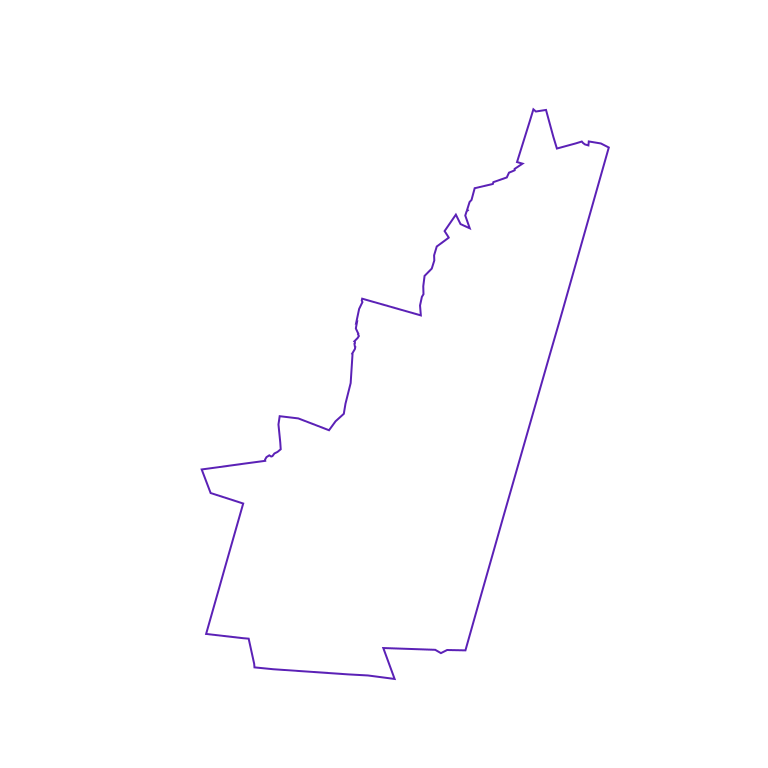 outline of Naco, Sonora, Mexico, rotated 106°
{"feature_id": "50627088B11700552359479", "entity_name": "Naco", "entity_type": "district", "adm_level": 2, "iso_a3": "MEX", "parent_name": "Mexico", "parent_adm1": "Sonora", "projection": "orthographic", "projection_center": [-110.037, 31.187], "detail": "fine", "context": "isolated", "style": "outline", "palette": "violet", "viewbox_px": 768, "rotation_deg": 106, "n_neighbors": 0, "source": "geoboundaries", "source_scale": "gbopen_adm2", "svg_char_len": 1771}
<svg xmlns="http://www.w3.org/2000/svg" viewBox="0 0 768 768"><g transform="rotate(106 384 384)"><path d="M617.6,232.3L566.9,232.5L513.7,232.6L478.0,232.7L464.0,232.7L463.6,232.7L447.2,232.7L446.7,232.7L446.0,232.7L445.0,232.7L443.9,232.7L442.8,232.7L441.7,232.7L440.6,232.7L439.2,232.7L438.3,232.7L437.7,232.7L437.1,232.7L436.0,232.7L434.3,232.7L434.0,232.7L400.7,232.7L307.6,232.7L276.5,232.6L263.8,232.6L94.9,233.1L94.7,233.1L93.0,241.8L94.4,254.0L98.3,253.3L98.3,256.9L97.4,259.2L96.4,260.7L99.8,265.9L110.0,282.7L99.8,289.3L75.9,303.8L80.2,313.1L78.8,316.1L91.1,316.3L99.7,316.5L134.0,317.3L134.0,311.6L141.2,317.7L142.5,317.3L144.2,319.3L146.4,322.1L151.6,322.9L159.8,334.5L161.7,334.5L170.8,350.8L182.9,350.6L185.5,351.9L193.5,352.1L193.9,351.3L195.2,352.2L199.7,352.3L210.7,344.5L209.2,354.5L201.4,361.6L220.3,367.9L225.4,362.1L225.5,362.1L237.3,371.2L246.5,371.3L251.4,369.7L259.9,369.9L268.9,374.8L279.2,373.2L286.8,370.8L289.8,371.6L298.6,371.0L307.9,367.5L308.0,428.5L309.9,428.4L311.2,427.3L318.7,428.6L332.8,427.6L332.1,427.0L338.3,426.4L339.4,425.5L342.8,422.5L343.3,422.7L344.8,421.4L347.0,422.0L351.2,424.3L351.5,423.6L352.9,423.2L353.5,423.5L356.2,422.2L356.3,421.8L358.3,421.6L363.7,423.0L363.9,422.5L392.3,416.3L413.5,415.6L421.4,414.7L423.7,414.4L425.8,415.7L433.2,420.3L443.6,424.1L440.7,456.9L443.7,475.4L452.0,474.3L468.8,467.6L475.2,465.3L478.7,467.7L481.0,470.2L484.1,471.4L484.8,472.5L484.2,474.6L486.7,476.8L489.5,477.5L490.6,477.0L498.9,496.0L516.4,535.7L536.6,520.6L537.7,486.4L605.9,486.3L628.4,486.2L633.7,486.2L673.3,486.1L667.2,449.5L666.1,443.9L688.7,431.7L692.1,430.4L688.7,411.8L673.1,338.8L668.6,319.1L664.6,292.5L638.0,311.9L625.4,261.5L627.0,255.1L622.3,250.0L617.6,232.3Z" fill="none" stroke="#5b21b6" stroke-width="2"/></g></svg>